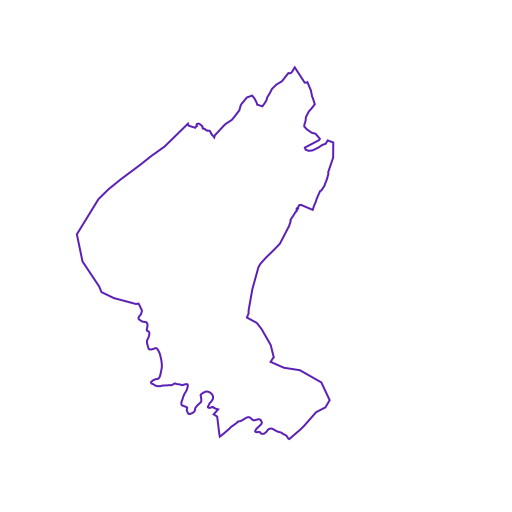 outline of Mártir de Cuilapan, Guerrero, Mexico, rotated 223°
{"feature_id": "50627088B19885629704089", "entity_name": "Mártir de Cuilapan", "entity_type": "district", "adm_level": 2, "iso_a3": "MEX", "parent_name": "Mexico", "parent_adm1": "Guerrero", "projection": "natural_earth1", "projection_center": [-99.386, 17.807], "detail": "fine", "context": "isolated", "style": "outline", "palette": "violet", "viewbox_px": 512, "rotation_deg": 223, "n_neighbors": 0, "source": "geoboundaries", "source_scale": "gbopen_adm2", "svg_char_len": 6056}
<svg xmlns="http://www.w3.org/2000/svg" viewBox="0 0 512 512"><g transform="rotate(223 256 256)"><path d="M285.0,127.1L284.6,127.0L283.4,127.5L282.9,127.5L282.1,127.3L280.9,126.4L280.2,125.3L279.2,123.5L278.2,120.3L277.8,119.5L277.2,118.8L275.6,117.5L273.4,116.2L271.8,115.3L271.2,114.9L270.6,114.9L269.9,115.2L269.5,115.6L268.8,116.3L267.9,117.7L267.0,119.4L266.7,120.0L266.4,120.3L266.0,120.6L265.5,120.7L264.8,120.7L263.4,120.4L262.4,120.0L261.6,119.8L261.1,119.5L260.7,119.4L259.0,118.5L254.8,115.7L252.9,114.2L250.4,112.0L248.7,110.0L247.1,107.5L245.4,104.7L244.5,103.0L243.9,101.5L243.7,100.5L243.8,99.7L244.1,99.1L244.5,98.6L245.2,97.8L245.7,96.7L246.5,94.8L246.6,93.9L246.7,93.3L246.8,92.5L246.7,92.2L246.5,91.8L245.8,91.6L245.0,91.6L244.5,91.7L243.9,92.1L243.4,92.2L242.9,92.4L241.6,92.5L241.0,92.7L239.5,93.5L238.4,94.4L237.4,95.4L236.9,96.0L235.9,97.7L235.0,98.4L234.1,99.5L232.8,100.7L231.2,102.6L230.7,103.0L229.8,103.7L229.5,104.2L229.1,105.6L228.6,107.0L228.4,107.5L228.1,107.7L227.4,107.9L225.5,109.0L224.9,109.6L224.3,110.0L223.7,110.3L223.2,110.5L222.1,111.0L221.7,111.5L220.8,113.1L219.8,114.5L219.2,115.1L218.8,115.3L218.2,115.3L217.4,114.7L216.0,112.3L215.3,110.8L214.9,109.4L214.5,107.6L214.5,107.0L214.2,106.2L213.7,104.7L212.9,102.5L212.1,101.3L211.9,100.8L211.7,100.0L211.3,99.1L210.9,98.4L210.2,97.4L209.4,96.7L208.8,96.3L208.0,96.4L204.3,97.9L203.4,98.2L203.0,98.2L202.7,97.9L202.4,97.5L202.3,97.0L201.9,96.5L201.2,95.8L199.9,95.2L198.7,94.8L197.8,94.5L197.4,94.6L197.1,94.9L196.4,95.7L195.8,96.9L195.4,97.9L195.0,99.6L195.1,100.1L195.2,100.9L195.4,101.5L195.8,102.0L196.4,102.8L196.7,103.5L196.9,105.1L197.0,106.9L196.7,110.4L196.6,111.6L197.0,112.4L197.9,113.6L200.5,115.7L201.6,116.4L201.8,117.0L201.7,118.4L201.1,120.6L200.4,122.3L199.7,123.2L199.3,123.6L197.5,124.5L196.2,124.8L195.1,124.9L193.7,124.8L193.0,124.6L192.3,124.3L191.6,123.9L190.6,122.9L190.3,122.5L190.0,121.9L189.4,118.7L189.5,116.7L189.4,116.3L189.0,115.4L188.5,113.3L188.2,112.9L188.0,112.6L187.8,112.6L187.3,112.6L186.9,112.8L186.5,113.2L185.9,113.9L185.5,114.5L185.2,115.5L184.9,115.9L184.6,116.2L184.3,116.3L184.1,116.3L183.8,116.1L183.4,116.2L182.4,116.6L182.0,116.6L180.6,117.2L179.1,118.0L179.0,111.3L174.9,112.1L162.4,101.6L159.3,99.2L158.8,101.8L158.5,104.2L157.7,111.4L157.7,113.8L156.3,120.5L156.3,121.5L156.3,122.6L155.4,123.8L154.8,124.6L154.3,125.8L153.0,130.2L152.5,131.7L151.9,132.7L151.2,133.3L150.4,133.7L149.9,133.8L146.6,133.8L146.2,133.9L145.7,134.3L145.1,134.7L144.4,135.8L143.5,137.4L142.8,138.3L142.3,138.7L141.1,139.3L140.5,139.2L139.4,138.7L138.7,138.6L138.2,138.2L137.8,137.8L137.6,137.1L137.5,136.4L137.5,135.1L137.8,130.2L137.6,128.7L137.4,127.9L137.1,127.3L136.9,127.1L136.6,127.1L136.2,127.1L135.3,127.6L134.8,128.1L134.0,129.3L133.5,129.6L133.2,129.8L132.8,129.8L132.4,129.8L132.0,129.6L131.5,129.6L130.7,129.8L130.2,130.1L129.6,130.7L129.1,131.3L128.8,132.0L128.5,134.4L128.5,135.5L128.7,136.2L128.8,136.8L128.7,137.5L128.6,138.2L128.2,138.9L127.7,139.7L126.8,140.5L125.6,141.0L124.1,141.3L123.3,141.5L121.3,142.0L120.3,142.4L118.5,143.3L117.4,143.9L116.6,144.2L115.9,144.2L115.1,144.3L112.1,145.2L110.8,145.2L109.8,145.1L108.9,144.8L107.9,144.5L106.8,144.8L105.2,159.3L105.0,164.6L105.5,182.9L102.0,192.6L103.8,200.8L122.0,208.1L146.0,202.4L159.4,193.3L173.1,188.5L173.9,192.8L173.9,194.0L184.5,200.9L201.9,206.3L208.4,207.4L209.8,207.6L220.7,204.8L222.3,209.0L224.4,211.3L236.0,229.2L246.5,249.3L247.5,253.5L247.6,262.0L247.1,272.0L246.9,280.7L247.1,281.9L252.2,300.3L254.3,305.0L255.3,305.7L257.0,314.8L257.0,315.8L257.2,316.2L257.0,316.7L257.2,316.8L257.3,317.1L257.0,317.6L256.6,317.9L257.3,317.6L257.4,317.8L257.7,317.8L257.7,318.3L258.4,318.3L258.4,318.5L258.6,318.8L258.5,319.0L258.0,319.1L257.7,319.5L258.1,319.7L258.3,320.0L258.6,320.9L258.8,321.3L258.8,321.5L258.8,322.1L259.0,322.9L257.7,324.1L257.6,324.3L257.3,324.3L246.0,328.4L248.0,332.8L249.2,336.3L250.5,338.9L252.1,343.4L253.4,347.2L252.9,348.4L253.8,354.0L254.7,355.8L256.1,359.6L258.9,365.2L260.4,366.6L266.7,380.6L276.9,391.7L282.4,389.4L281.6,385.6L283.3,382.3L284.3,377.9L286.6,371.9L289.1,368.9L292.2,367.6L294.2,368.6L288.9,383.7L289.2,385.3L295.9,386.0L299.1,384.2L305.2,383.3L309.0,383.6L310.4,385.4L311.8,388.5L314.2,391.6L315.9,397.5L316.0,401.7L316.5,407.1L322.3,410.3L323.4,410.7L327.2,413.4L328.9,414.6L337.0,418.2L337.3,417.2L337.8,416.7L338.7,416.0L356.3,420.4L356.0,418.5L355.7,417.7L355.2,414.9L355.3,413.7L355.9,412.6L357.1,411.9L356.2,401.5L358.0,395.2L358.3,389.2L357.1,385.0L356.7,383.3L356.0,379.7L354.6,377.2L354.1,374.9L353.8,373.2L353.4,369.8L358.4,367.5L359.9,368.5L362.9,369.6L364.4,370.1L366.0,370.4L368.2,370.7L370.8,365.7L370.5,361.1L370.3,357.5L370.0,356.0L369.4,354.7L367.5,351.1L367.0,345.4L366.8,344.4L366.5,339.0L368.2,332.2L368.4,330.4L368.4,316.3L367.4,314.2L368.8,314.5L369.8,314.6L370.6,314.6L371.1,314.6L371.7,315.0L371.9,315.0L372.1,315.0L372.4,315.0L372.9,315.0L373.3,315.5L373.6,315.6L374.5,315.9L375.0,315.9L375.4,315.9L376.1,315.3L376.7,314.8L376.9,314.5L377.0,314.4L377.7,314.4L378.0,314.1L378.5,314.1L378.8,314.0L379.2,314.0L379.4,314.0L379.9,314.0L380.1,313.8L380.6,313.8L380.9,313.6L381.5,313.0L381.9,313.0L382.0,313.3L382.6,313.6L382.8,313.6L383.0,313.6L383.2,313.8L383.5,314.1L383.8,314.3L384.1,314.4L384.7,314.2L386.1,314.2L387.5,314.0L388.0,313.8L388.3,313.6L388.5,313.4L389.2,312.4L389.2,312.1L389.0,311.5L388.8,311.1L388.4,310.9L388.2,310.8L387.8,310.8L388.1,308.9L388.0,308.3L390.9,306.9L393.5,305.6L394.5,305.5L396.0,306.4L397.5,273.7L400.8,257.6L402.8,244.1L407.3,219.2L409.4,204.1L410.0,190.1L401.8,149.7L379.2,133.7L349.8,126.7L344.3,124.2L331.2,128.3L311.1,139.0L309.4,141.1L306.4,140.0L305.7,139.7L302.4,138.4L302.2,138.3L301.9,137.9L301.1,136.4L300.8,135.8L300.4,134.9L300.2,132.0L300.1,131.4L299.8,130.9L299.5,130.4L299.1,130.0L298.9,129.9L298.3,129.9L297.7,129.9L296.1,130.2L294.7,130.4L293.5,131.1L291.9,132.3L291.4,132.6L291.0,132.7L290.8,132.7L289.5,132.4L288.7,132.0L288.4,131.6L287.7,130.9L285.9,128.0L285.7,127.6L285.0,127.1Z" fill="none" stroke="#5b21b6" stroke-width="2"/></g></svg>